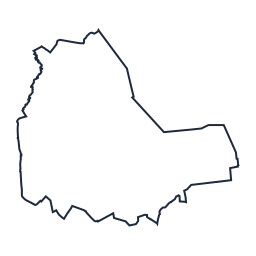 outline of Veldhoven, Noord-Brabant, Netherlands, rotated 181°
{"feature_id": "6326949B72030349627304", "entity_name": "Veldhoven", "entity_type": "district", "adm_level": 2, "iso_a3": "NLD", "parent_name": "Netherlands", "parent_adm1": "Noord-Brabant", "projection": "albers", "projection_center": [5.404, 51.408], "detail": "fine", "context": "isolated", "style": "outline", "palette": "slate", "viewbox_px": 256, "rotation_deg": 181, "n_neighbors": 0, "source": "geoboundaries", "source_scale": "gbopen_adm2", "svg_char_len": 5499}
<svg xmlns="http://www.w3.org/2000/svg" viewBox="0 0 256 256"><g transform="rotate(181 128 128)"><path d="M159.2,225.4L159.4,224.9L159.6,224.6L160.0,223.9L160.3,223.6L160.8,223.3L161.6,222.7L162.6,222.1L163.1,221.9L163.3,221.8L163.6,221.8L163.8,221.9L164.4,222.2L165.2,222.5L165.6,222.6L166.2,222.6L166.8,222.5L167.2,222.4L167.5,222.2L168.0,221.9L169.7,220.2L170.3,219.6L170.5,219.5L170.8,219.1L170.9,218.9L171.5,217.7L171.9,217.3L171.9,217.2L173.0,216.3L173.3,216.0L173.5,215.5L173.5,215.0L173.5,212.8L173.6,212.5L173.7,212.3L174.1,211.8L175.3,212.0L175.5,211.9L177.4,211.9L181.8,212.5L185.7,213.1L197.5,215.0L200.0,214.0L200.3,213.2L200.9,210.5L207.1,202.2L210.3,204.6L211.4,205.1L212.6,206.1L213.0,206.4L214.1,206.9L215.9,208.1L216.5,207.5L223.6,203.5L223.3,203.3L223.1,203.0L222.8,202.4L222.4,202.1L222.2,201.9L221.9,201.4L221.9,201.2L222.0,201.1L222.9,200.5L223.0,200.4L223.1,200.2L222.9,200.1L222.4,199.9L221.9,199.5L221.8,199.4L221.5,199.5L221.1,199.4L220.9,199.2L220.5,198.8L220.4,198.7L220.5,198.4L221.8,196.8L222.0,196.5L221.9,196.4L221.7,196.4L221.4,196.5L221.0,196.8L220.8,197.3L220.6,197.4L220.4,197.3L220.2,197.0L220.2,196.9L220.4,196.4L221.0,195.8L221.4,195.3L221.5,195.0L221.5,194.9L221.4,194.8L221.2,194.7L220.4,195.0L220.0,195.0L219.9,195.0L219.3,194.6L219.0,194.3L218.8,194.0L219.5,193.7L219.5,193.4L219.0,192.5L218.6,191.9L218.4,191.8L218.1,192.1L217.7,192.1L217.4,191.9L217.1,191.5L216.7,190.8L216.4,190.5L215.8,190.0L215.5,189.7L215.4,189.4L215.3,188.5L215.4,188.3L215.5,188.2L216.4,187.7L216.5,187.6L216.7,187.3L216.8,187.0L216.8,186.7L216.8,186.4L216.7,186.1L216.2,185.9L215.0,186.0L214.8,185.9L214.8,185.7L215.1,185.3L215.2,185.2L215.8,184.6L216.3,184.3L216.4,184.1L216.4,183.9L216.3,183.7L215.6,182.9L215.5,182.6L215.9,181.9L216.5,180.9L216.7,180.6L216.9,180.6L217.4,180.6L217.6,180.5L217.8,180.2L218.1,179.5L218.2,179.4L218.5,179.3L218.6,179.1L218.8,178.6L219.1,178.0L219.8,177.5L219.9,177.4L220.0,177.2L219.9,176.9L219.0,176.8L218.9,176.7L219.1,176.3L222.1,174.9L222.6,174.6L222.9,174.2L223.0,173.2L222.9,172.4L222.8,171.9L223.0,171.6L223.1,171.4L223.7,170.9L223.8,170.5L223.9,170.3L224.0,169.8L224.2,169.6L224.6,169.3L225.0,168.8L225.7,167.6L225.7,167.4L225.3,167.3L224.9,167.5L224.4,167.5L224.2,167.5L224.0,167.2L224.0,166.9L224.0,166.6L224.2,166.2L224.3,165.8L224.1,165.3L223.9,165.0L223.8,164.8L224.0,164.5L224.3,164.1L224.3,163.9L224.2,163.4L223.9,162.3L223.9,162.1L225.7,159.7L226.6,159.0L227.0,158.6L227.2,158.1L227.5,157.0L227.5,156.9L227.4,156.8L226.6,156.7L226.4,156.5L226.3,156.4L226.3,156.2L226.7,155.8L227.0,155.7L227.6,155.5L227.8,155.3L228.1,155.0L228.3,154.7L228.2,154.5L227.4,154.6L227.2,154.5L227.2,154.4L227.2,154.0L227.2,153.6L227.3,153.1L227.6,152.7L228.6,151.5L229.1,150.4L229.6,149.7L230.1,149.6L230.5,149.8L230.9,149.6L231.0,149.4L230.9,148.6L230.9,148.4L231.1,148.1L231.2,147.6L232.5,146.5L232.9,146.0L233.2,145.7L232.7,144.9L232.7,144.7L232.8,144.6L233.4,144.2L233.8,143.9L233.9,143.7L233.5,143.0L233.4,143.0L233.0,142.3L232.8,142.1L231.3,139.6L230.0,137.8L234.4,136.5L235.1,136.3L236.6,135.7L237.2,135.3L237.3,135.2L237.8,134.7L238.2,134.2L238.8,133.4L238.9,133.0L239.0,132.6L238.9,132.2L238.7,131.8L238.4,131.7L238.2,131.1L238.1,130.2L238.1,128.8L238.3,127.0L238.3,125.3L238.3,124.7L238.3,124.1L238.1,120.2L238.1,119.9L238.0,119.4L238.0,118.9L238.0,118.7L237.9,118.4L237.7,116.7L237.8,116.6L238.1,116.4L238.1,115.9L237.9,115.8L237.8,115.7L237.7,115.6L237.1,112.2L236.5,107.1L236.3,105.7L236.3,105.3L236.3,105.1L236.2,104.9L236.1,104.4L235.9,104.0L235.3,102.6L235.1,102.1L234.6,99.8L234.2,99.8L234.1,98.5L234.7,98.4L234.7,98.0L234.8,97.7L234.6,95.4L234.6,94.9L234.7,94.3L234.9,93.3L235.0,91.8L235.1,91.0L235.1,89.1L234.9,86.4L234.8,84.8L234.9,84.4L235.0,84.4L235.0,83.6L235.1,82.7L234.9,82.6L234.7,82.5L234.6,82.4L234.3,77.5L234.0,74.2L234.0,73.2L233.6,68.7L233.2,66.0L233.1,64.9L233.0,62.8L233.0,61.2L232.9,59.1L232.8,58.0L232.7,57.8L232.5,57.5L230.4,55.4L229.6,54.7L227.4,53.4L226.8,53.2L223.5,51.5L223.4,51.6L221.3,50.3L221.2,50.4L219.6,49.5L218.5,49.7L218.1,49.9L214.3,53.7L213.4,53.0L209.0,58.2L204.3,54.2L201.7,42.6L200.4,43.2L198.4,44.5L196.3,41.3L195.8,40.5L195.2,39.9L194.3,39.1L193.1,38.1L192.8,37.8L191.0,36.5L190.4,36.1L187.0,41.9L186.7,42.2L186.1,42.9L186.2,43.0L183.9,46.3L183.0,47.9L182.4,49.1L171.0,45.2L170.4,44.9L170.0,44.7L169.5,44.2L169.2,44.2L168.8,44.1L168.6,43.9L168.4,43.6L168.4,43.1L166.6,41.2L163.1,37.5L160.1,34.7L159.6,34.4L159.0,34.2L158.7,34.2L158.0,34.2L157.2,34.4L156.7,34.7L156.3,34.0L141.3,42.5L140.4,37.8L128.7,34.6L127.9,33.7L124.9,30.6L118.6,32.0L118.2,32.3L117.9,32.7L116.3,35.1L116.2,36.2L116.5,39.0L110.1,41.4L109.9,41.5L107.4,41.3L107.5,39.6L107.4,39.5L107.2,39.2L104.1,37.2L104.0,37.4L97.5,33.3L97.3,33.1L97.1,32.8L96.9,34.4L96.4,37.3L95.3,41.8L95.2,42.0L94.7,42.3L94.8,43.7L95.1,44.8L95.0,45.1L94.9,45.5L94.7,45.8L94.2,46.7L93.7,47.3L93.4,47.6L92.1,48.8L91.8,49.0L91.1,49.2L90.5,49.1L89.8,49.2L89.4,49.3L89.2,49.5L88.6,50.2L87.3,51.7L85.9,53.4L84.3,54.6L84.2,54.7L83.8,54.6L83.7,54.7L81.5,56.5L80.5,57.2L80.3,57.4L79.8,57.9L79.1,59.4L78.6,60.3L77.1,61.0L76.9,61.1L76.3,61.6L75.3,60.9L74.9,55.5L69.7,55.2L69.3,55.1L68.7,54.9L69.2,59.7L70.7,66.3L68.0,67.6L63.8,72.2L24.0,77.6L25.2,89.7L17.6,91.3L17.9,91.9L17.0,92.7L17.2,92.9L17.9,99.1L18.9,99.2L19.7,105.6L32.3,132.6L47.7,132.3L54.6,128.8L65.2,127.5L92.0,124.5L109.7,143.2L122.5,156.7L124.3,158.6L122.9,159.4L125.4,168.8L129.7,185.8L130.1,187.4L136.3,195.4L158.6,224.4L158.8,224.8L159.2,225.4Z" fill="none" stroke="#1e293b" stroke-width="2"/></g></svg>